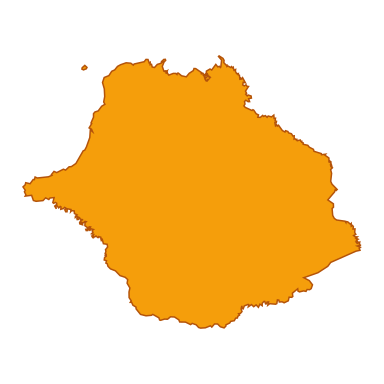 the district of Waropen, Papua, Indonesia
{"feature_id": "22746128B12986554349068", "entity_name": "Waropen", "entity_type": "district", "adm_level": 2, "iso_a3": "IDN", "parent_name": "Indonesia", "parent_adm1": "Papua", "projection": "albers", "projection_center": [136.631, -2.729], "detail": "fine", "context": "isolated", "style": "filled", "palette": "amber", "viewbox_px": 384, "rotation_deg": 0, "n_neighbors": 0, "source": "geoboundaries", "source_scale": "gbopen_adm2", "svg_char_len": 5870}
<svg xmlns="http://www.w3.org/2000/svg" viewBox="0 0 384 384"><path d="M237.4,318.0L237.8,316.3L239.5,315.1L238.6,313.7L240.3,313.5L242.0,311.6L241.1,309.0L241.8,305.9L242.4,308.6L243.2,308.9L244.3,305.9L248.1,304.4L248.8,304.7L248.3,306.8L251.5,304.6L253.7,306.7L256.1,304.9L258.4,307.3L259.9,304.2L262.2,305.7L262.2,303.3L263.8,301.5L264.7,301.4L265.6,303.9L266.4,303.8L267.0,302.1L268.5,301.9L267.8,305.2L269.7,303.7L275.6,304.2L276.8,303.6L277.4,299.9L278.8,300.1L279.3,302.0L282.2,301.8L284.1,302.8L288.3,300.8L289.1,297.2L291.8,297.3L292.8,296.5L292.4,293.2L297.7,288.8L298.0,291.1L299.5,291.9L303.6,290.9L306.0,291.4L307.1,289.5L309.6,289.7L311.2,288.6L312.5,284.8L309.3,280.6L303.8,277.7L318.0,272.7L327.8,266.3L330.7,262.4L355.9,251.2L360.0,250.3L359.2,248.3L360.4,247.3L357.3,246.0L361.0,245.2L359.4,244.8L359.7,242.1L357.2,243.4L356.0,241.9L357.6,241.5L356.4,240.2L358.1,239.2L355.8,238.2L357.3,236.9L355.1,236.8L353.6,235.5L355.8,234.4L354.7,232.5L355.0,228.9L353.0,229.0L353.4,226.7L352.5,225.4L351.3,226.2L351.2,223.4L350.4,224.2L347.8,221.9L346.0,221.5L345.9,222.5L345.0,221.2L336.6,220.0L334.3,218.4L332.7,215.4L332.1,208.5L333.5,207.2L333.4,203.8L327.8,199.9L334.5,192.0L335.2,189.8L336.1,190.5L337.2,189.5L332.0,184.2L330.7,181.3L331.6,173.3L330.6,169.6L332.4,167.8L330.9,166.6L330.7,165.7L331.8,166.2L331.3,164.3L330.6,164.3L331.0,162.9L329.9,162.3L330.7,161.7L329.6,160.8L329.0,161.3L328.9,158.0L324.8,155.1L325.6,154.2L321.5,154.7L321.3,153.6L314.0,151.3L313.4,149.3L309.3,147.2L307.8,145.3L303.2,144.3L303.2,142.9L301.7,142.3L301.8,141.3L300.8,141.3L300.3,140.0L297.3,140.7L296.8,139.4L296.3,139.9L294.8,138.6L294.1,139.0L294.2,135.8L292.9,136.0L291.4,133.7L288.6,132.9L287.9,131.5L285.6,130.7L285.0,132.0L282.4,130.6L278.5,125.2L277.3,126.1L276.6,124.7L275.5,125.8L274.9,122.8L276.2,122.8L276.5,121.3L275.1,120.9L275.5,118.2L274.1,118.4L273.8,115.1L271.5,116.9L268.2,116.0L267.1,117.3L265.3,115.6L263.6,116.4L262.7,115.4L260.3,117.4L257.8,117.2L258.5,114.9L256.2,113.8L253.8,110.2L252.9,109.7L252.0,110.5L245.3,107.4L243.9,105.9L245.0,104.0L244.5,101.5L245.9,100.2L248.1,101.7L249.6,101.6L248.6,98.7L251.4,98.1L251.1,96.0L248.1,95.0L247.2,95.9L245.7,94.2L246.6,93.3L245.5,91.1L248.5,86.5L247.0,86.3L246.0,84.8L244.3,85.9L242.7,84.9L243.2,82.3L245.4,82.8L242.6,77.7L241.9,78.8L240.5,77.8L241.1,79.1L239.9,79.3L239.4,75.2L238.0,74.6L238.3,73.5L236.6,73.6L235.4,71.3L235.6,69.5L234.0,70.3L233.2,67.1L232.3,67.8L231.5,66.6L230.6,67.5L228.2,66.1L226.9,66.5L227.1,65.1L226.0,65.0L223.8,62.6L224.1,60.4L223.0,58.4L219.1,55.9L218.5,56.5L221.6,60.1L220.8,67.0L220.4,67.5L219.3,66.3L217.8,66.9L215.8,64.4L211.7,70.0L210.0,69.0L206.4,71.1L206.2,73.2L207.3,73.6L208.0,75.5L210.3,77.3L209.8,77.7L207.5,75.6L206.5,77.6L204.8,77.6L206.1,80.7L207.2,80.8L207.6,79.5L208.6,79.3L207.0,81.1L206.0,80.8L205.1,79.3L203.9,75.2L203.1,75.9L203.7,74.7L203.0,73.4L202.1,73.9L200.7,73.6L202.4,73.2L195.7,68.6L194.0,68.5L193.3,70.6L189.2,73.3L186.3,76.8L181.6,75.8L178.3,73.1L177.4,73.2L177.0,74.5L175.6,73.4L173.3,73.4L168.8,75.1L167.2,72.9L167.4,71.5L165.8,73.7L167.2,70.8L165.5,71.8L164.6,71.4L165.0,70.9L163.8,71.0L162.3,66.4L164.0,62.1L165.7,60.3L165.3,59.3L163.6,59.5L162.7,60.8L161.9,60.4L162.9,61.5L162.6,62.8L162.4,61.5L161.5,61.5L161.2,63.2L157.3,64.4L154.5,67.5L152.2,67.0L151.5,64.3L150.1,64.7L150.2,62.3L149.2,62.9L148.0,59.5L146.0,59.4L144.2,61.7L134.1,64.0L133.3,65.1L130.8,63.2L126.1,62.8L120.6,64.7L117.5,66.4L114.7,69.9L111.7,71.3L108.9,75.6L104.2,77.5L102.5,82.5L104.3,88.8L104.7,96.5L103.7,102.0L104.9,104.3L101.7,106.2L98.2,110.9L94.9,112.0L93.5,113.7L93.5,117.2L91.0,123.0L91.7,123.6L89.1,127.9L91.5,129.2L92.6,131.8L90.3,130.0L89.8,137.5L86.4,147.0L84.7,150.2L83.2,150.8L75.9,163.5L71.4,166.6L69.1,166.8L65.6,170.1L63.4,169.2L56.7,172.6L54.0,171.4L51.4,174.6L52.0,175.3L48.4,176.8L37.3,178.0L35.1,177.0L34.4,179.6L33.2,179.5L30.1,183.7L25.7,182.7L25.2,184.8L23.0,186.9L25.3,190.3L24.4,191.7L25.9,194.9L25.2,196.1L31.6,195.3L33.4,200.5L36.1,201.3L43.0,200.6L45.6,197.9L48.8,199.5L50.0,198.0L54.1,197.6L52.8,202.6L53.7,203.3L55.3,202.4L56.7,203.2L56.8,204.3L54.7,206.1L56.3,208.8L55.8,205.9L56.7,205.3L58.7,207.9L60.2,206.4L61.0,206.9L60.8,209.3L63.7,208.5L64.5,207.4L65.7,207.9L66.1,208.8L64.8,209.8L65.7,211.8L67.0,211.8L67.3,208.8L71.0,209.5L70.7,211.7L71.6,210.7L74.2,210.9L74.4,213.5L77.1,214.9L75.4,216.3L75.3,217.5L77.0,216.5L78.5,217.2L76.9,218.5L77.2,219.6L78.6,219.4L79.7,218.0L80.7,219.4L83.1,219.7L80.9,220.4L79.6,222.6L79.8,223.9L82.6,224.8L82.5,223.9L80.5,222.7L80.8,221.7L83.0,223.0L85.0,221.4L86.2,221.7L85.0,222.8L84.9,225.7L88.0,228.0L87.7,228.9L85.7,229.3L86.2,230.6L87.7,230.6L89.2,226.8L90.6,226.9L89.3,230.0L89.9,230.4L91.3,228.9L93.5,229.5L92.1,230.7L93.0,232.3L91.5,233.8L93.8,234.4L93.3,235.5L91.8,236.0L92.7,237.6L93.3,237.7L93.2,236.5L94.6,237.0L96.0,236.0L97.7,237.5L98.7,237.5L98.8,236.6L100.8,237.2L100.9,238.6L101.9,238.6L100.9,239.0L101.3,240.5L102.3,239.5L103.4,243.7L107.2,244.3L107.6,247.1L105.5,249.6L105.9,251.5L105.1,253.7L106.0,254.3L104.7,255.8L106.1,254.7L106.3,256.2L104.6,257.4L104.2,260.0L106.5,260.7L105.9,263.1L107.2,263.7L108.0,266.4L110.5,268.9L115.4,270.8L120.0,275.6L125.2,277.3L127.7,279.6L127.1,283.2L129.9,288.0L129.0,292.0L129.1,297.6L131.2,300.8L130.3,302.3L131.6,302.3L132.9,305.2L136.0,307.1L136.1,308.9L140.5,314.4L146.0,315.8L151.4,315.3L152.8,314.4L158.9,317.8L159.6,320.0L160.6,320.3L164.5,319.1L167.6,319.2L170.5,316.8L174.5,317.0L178.8,319.8L179.7,322.0L185.5,322.1L190.6,324.6L192.2,323.4L196.2,324.8L198.6,327.5L200.6,328.1L205.4,327.8L210.4,325.8L211.8,327.1L214.5,324.0L217.6,324.0L220.4,326.8L224.1,327.9L225.8,326.2L226.0,324.8L229.7,323.0L230.7,321.4L234.3,320.7L235.6,318.2L237.4,318.0ZM87.0,67.4L84.8,65.4L82.2,67.7L81.9,69.1L83.5,69.9L86.3,68.8L87.0,67.4ZM207.6,75.3L206.0,73.5L204.3,75.0L204.8,76.6L206.1,75.3L207.6,75.3Z" fill="#f59e0b" stroke="#b45309" stroke-width="1.5"/></svg>